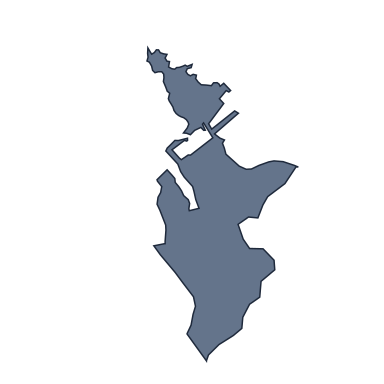 outline of Gangseo-gu, South Gyeongsang, South Korea, rotated 140°
{"feature_id": "91817680B91211823266814", "entity_name": "Gangseo-gu", "entity_type": "district", "adm_level": 2, "iso_a3": "KOR", "parent_name": "South Korea", "parent_adm1": "South Gyeongsang", "projection": "orthographic", "projection_center": [128.865, 35.107], "detail": "fine", "context": "isolated", "style": "filled", "palette": "slate", "viewbox_px": 384, "rotation_deg": 140, "n_neighbors": 0, "source": "geoboundaries", "source_scale": "gbopen_adm2", "svg_char_len": 2422}
<svg xmlns="http://www.w3.org/2000/svg" viewBox="0 0 384 384"><g transform="rotate(140 192 192)"><path d="M289.3,53.5L284.1,56.6L269.5,57.8L269.4,57.8L252.4,55.5L241.5,55.5L233.6,63.4L220.1,69.0L219.9,69.0L207.7,67.9L196.5,79.2L196.3,79.2L178.6,79.2L173.0,87.0L174.1,102.8L184.2,111.7L183.1,123.0L177.5,137.6L177.2,137.6L164.8,136.5L158.2,129.8L146.0,136.5L137.0,139.8L136.7,139.8L115.6,138.7L115.4,138.7L96.4,144.3L96.2,144.3L94.5,142.8L95.7,145.0L96.5,146.6L102.7,156.7L109.2,163.1L113.8,165.7L123.5,169.3L131.7,171.4L135.9,174.6L139.2,181.4L141.7,199.2L139.1,204.7L137.3,209.8L133.7,211.0L136.0,215.4L137.4,222.0L105.8,222.5L107.2,226.7L136.5,227.5L135.4,233.6L110.8,239.4L111.1,245.8L100.6,247.7L99.5,244.9L97.2,244.9L97.8,254.9L102.5,254.9L101.9,257.4L102.5,259.6L105.3,261.8L108.8,261.0L112.4,264.8L116.0,268.2L116.6,272.3L116.3,276.7L115.2,277.3L113.5,278.7L115.5,281.4L118.5,282.0L119.6,284.8L119.3,288.1L116.3,289.5L112.7,287.8L109.9,289.7L114.9,291.4L115.7,293.6L118.0,294.2L121.6,295.6L123.8,297.2L126.3,297.2L128.2,299.4L129.6,302.8L125.4,306.4L127.1,308.3L126.5,311.9L122.7,313.5L124.9,316.0L126.8,319.1L126.3,322.4L127.9,323.8L131.2,323.0L134.3,323.5L134.0,326.0L133.2,330.7L137.0,326.6L139.0,323.5L142.3,321.3L141.2,318.8L142.0,314.4L144.0,310.5L143.7,307.2L140.6,305.8L137.9,303.6L137.9,300.5L140.1,297.5L142.9,295.0L144.8,288.9L146.2,285.1L145.6,282.0L150.1,278.7L150.9,276.5L151.4,272.9L152.0,269.3L153.4,266.0L153.7,262.4L153.1,259.3L152.0,256.6L150.6,254.3L149.8,251.0L150.1,248.0L150.9,246.0L154.5,244.1L160.6,242.7L158.4,240.5L156.4,236.9L150.3,237.5L143.7,235.8L143.4,231.7L142.1,230.8L140.4,237.2L138.7,237.5L141.2,220.1L169.4,221.2L171.1,222.8L179.4,223.6L179.9,226.1L180.2,237.2L164.7,236.4L163.3,234.4L162.2,234.4L160.9,236.1L169.4,240.2L171.9,242.5L178.3,241.9L182.7,241.6L185.7,240.2L184.9,222.5L187.6,214.8L188.4,208.3L188.0,195.8L190.2,191.0L194.0,183.7L197.1,175.0L206.1,179.4L205.1,181.3L201.2,184.7L199.8,188.5L200.7,194.6L199.3,199.6L198.7,204.6L198.7,210.1L196.5,213.4L196.5,217.6L196.8,225.0L210.9,223.9L211.5,222.5L211.7,215.6L216.4,211.7L221.4,209.8L226.6,205.1L228.3,198.7L233.4,183.6L236.5,179.5L244.2,171.6L245.7,169.8L245.8,169.7L246.0,169.9L255.8,175.3L256.6,164.3L256.6,159.7L256.6,149.6L256.6,141.0L257.4,127.8L258.2,110.8L262.8,102.2L269.8,97.6L278.3,90.6L286.7,86.7L287.0,86.5L287.1,85.9L289.5,53.3L289.3,53.5Z" fill="#64748b" stroke="#1e293b" stroke-width="1.5"/></g></svg>